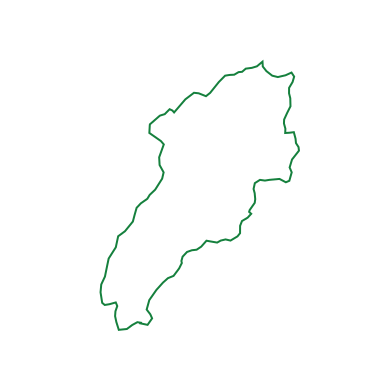 Uppsala, Uppsala, Sweden, rotated 125°
{"feature_id": "70781695B50893548218993", "entity_name": "Uppsala", "entity_type": "district", "adm_level": 2, "iso_a3": "SWE", "parent_name": "Sweden", "parent_adm1": "Uppsala", "projection": "natural_earth1", "projection_center": [17.723, 59.956], "detail": "fine", "context": "isolated", "style": "outline", "palette": "green", "viewbox_px": 384, "rotation_deg": 125, "n_neighbors": 0, "source": "geoboundaries", "source_scale": "gbopen_adm2", "svg_char_len": 1727}
<svg xmlns="http://www.w3.org/2000/svg" viewBox="0 0 384 384"><g transform="rotate(125 192 192)"><path d="M44.8,209.0L51.8,210.9L56.0,214.2L60.1,218.7L64.8,219.9L67.1,222.6L71.7,224.7L74.5,228.3L77.7,231.6L86.5,233.1L100.4,234.0L105.5,235.5L107.3,243.1L109.6,247.3L119.9,250.6L137.1,252.3L136.5,254.8L137.0,257.8L138.1,258.0L143.9,259.0L145.4,260.2L147.7,262.0L148.6,262.3L160.7,265.3L161.5,264.9L168.1,260.8L168.1,251.5L168.1,246.7L169.2,242.4L182.4,238.8L188.5,234.0L192.2,226.5L198.2,224.1L211.2,223.5L218.6,225.0L223.2,224.7L230.6,227.4L236.7,228.3L243.6,225.9L250.1,223.5L262.6,224.4L270.6,227.1L281.0,222.7L294.3,222.1L302.0,218.8L311.2,214.8L319.8,213.3L326.6,209.4L334.3,202.0L334.6,198.7L331.3,195.3L326.2,191.1L328.3,187.8L333.6,186.3L337.8,183.8L341.9,179.4L346.9,172.9L341.6,166.8L335.3,164.7L330.0,162.1L328.5,159.0L329.2,158.9L326.3,152.2L318.4,152.2L316.1,156.0L314.3,161.7L305.0,165.0L292.6,165.0L282.8,163.8L276.4,162.3L271.3,159.0L262.0,158.7L256.0,159.6L254.6,161.1L250.4,162.6L244.0,161.7L239.8,158.7L236.6,155.1L231.5,153.1L223.6,152.2L221.8,148.3L219.0,142.4L215.3,140.6L211.6,137.3L209.7,132.6L202.3,129.3L198.2,129.0L192.1,133.2L187.1,134.4L181.1,131.7L175.9,131.0L175.5,133.8L173.7,134.4L164.9,134.4L161.6,136.1L157.0,140.0L154.2,143.3L148.7,145.6L143.1,143.3L140.8,138.8L137.6,135.5L134.4,131.7L131.1,127.8L130.2,120.7L127.0,118.7L118.7,121.6L115.9,126.1L108.0,128.7L96.8,128.1L94.1,130.5L92.3,134.9L89.0,137.7L84.6,142.9L87.5,146.1L90.2,149.5L86.6,151.8L83.1,156.0L79.8,158.1L72.7,159.4L65.3,160.5L62.6,162.5L58.8,165.3L55.5,169.1L51.0,172.2L44.2,172.7L38.9,174.5L37.1,179.0L42.7,182.3L48.6,187.6L50.7,193.0L50.3,200.4L48.6,206.0L44.8,209.0Z" fill="none" stroke="#15803d" stroke-width="2"/></g></svg>